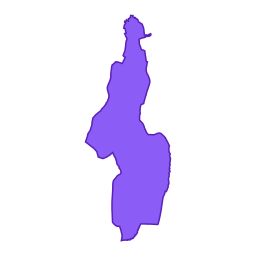 outline of Kaduna South, Kaduna, Nigeria
{"feature_id": "59680162B16574916896740", "entity_name": "Kaduna South", "entity_type": "district", "adm_level": 2, "iso_a3": "NGA", "parent_name": "Nigeria", "parent_adm1": "Kaduna", "projection": "equal_earth", "projection_center": [7.417, 10.498], "detail": "fine", "context": "isolated", "style": "filled", "palette": "violet", "viewbox_px": 256, "rotation_deg": 0, "n_neighbors": 0, "source": "geoboundaries", "source_scale": "gbopen_adm2", "svg_char_len": 4633}
<svg xmlns="http://www.w3.org/2000/svg" viewBox="0 0 256 256"><path d="M85.5,141.9L93.8,148.3L96.8,151.6L98.3,157.1L102.1,158.3L102.8,158.6L106.1,157.3L109.9,155.0L112.7,152.5L113.8,155.1L115.6,158.4L116.1,160.2L116.6,162.0L117.1,164.3L119.1,166.7L119.0,168.0L120.2,169.3L120.6,170.5L121.0,172.2L121.0,173.5L117.4,175.7L116.1,177.4L113.7,180.3L113.3,181.2L113.1,182.1L112.9,183.3L112.7,190.2L112.0,202.0L112.0,206.6L112.0,210.3L112.1,211.6L112.3,216.3L112.5,222.0L113.3,223.3L114.3,224.3L115.9,225.7L117.1,226.2L119.6,226.4L120.9,230.2L122.1,235.3L121.8,238.5L121.3,240.6L122.4,240.4L123.6,240.2L125.3,240.0L126.1,240.1L127.0,240.2L127.1,239.7L127.4,239.7L127.8,239.7L128.0,240.0L128.5,239.8L128.6,239.6L128.9,239.6L129.3,239.7L129.7,239.8L129.9,240.0L130.1,239.9L130.2,239.5L130.2,239.3L130.3,239.1L130.5,239.0L130.6,238.9L130.8,238.7L131.0,238.6L131.4,238.8L131.5,238.9L131.9,238.5L132.0,238.4L132.3,238.2L132.5,238.1L132.6,238.4L132.7,238.5L132.9,238.4L133.0,238.3L133.2,238.2L133.3,238.0L133.5,237.8L133.6,237.5L133.8,237.3L134.3,236.6L134.6,236.4L134.7,236.2L134.8,236.2L134.8,235.9L134.8,235.7L134.9,235.4L134.9,235.1L135.1,235.1L135.4,235.1L135.6,235.1L135.8,235.0L135.9,234.9L136.0,234.8L136.1,234.6L136.1,234.4L136.3,234.2L136.5,234.0L137.3,232.8L137.4,232.2L137.5,231.8L137.5,231.5L137.5,231.2L137.5,230.9L137.6,230.6L137.6,230.4L137.9,230.2L138.1,230.0L138.0,229.6L138.3,229.4L138.4,228.9L138.5,228.6L138.5,228.4L138.6,228.2L138.8,228.1L139.0,228.0L139.1,227.8L139.0,227.6L138.9,227.4L139.0,227.2L139.4,226.9L139.4,226.7L139.5,226.5L139.5,226.3L139.6,226.1L139.7,225.8L139.9,225.6L140.0,225.3L140.2,225.0L140.3,224.7L140.5,224.1L140.9,223.9L142.0,223.9L143.6,223.9L145.3,223.9L146.2,224.0L146.5,224.0L148.4,224.1L149.6,224.0L157.4,224.5L158.1,224.1L158.8,221.3L159.7,217.5L160.2,215.0L160.3,214.5L161.3,209.1L161.7,205.7L163.1,196.9L164.2,194.8L164.5,194.4L165.1,191.4L166.0,191.7L166.4,191.0L166.8,190.7L167.1,189.6L167.7,187.9L168.2,186.8L168.1,186.1L168.2,184.9L168.6,184.4L168.9,183.6L168.8,182.7L168.6,180.3L168.5,179.3L168.5,178.2L169.1,176.5L169.1,175.3L169.2,173.7L168.9,173.4L169.1,172.3L169.5,171.6L169.9,171.7L169.9,171.3L169.9,171.2L169.9,170.9L169.9,170.7L169.8,170.3L169.5,169.8L169.3,169.6L169.3,168.8L169.8,168.5L169.6,167.5L169.6,166.9L169.8,165.5L170.2,164.4L170.0,163.9L169.6,163.2L170.2,161.8L170.0,161.1L170.1,160.7L170.4,160.2L170.4,159.6L170.3,158.8L170.5,158.6L170.4,158.2L170.1,157.8L170.0,157.0L169.7,155.8L169.8,154.8L170.2,154.2L170.1,153.6L169.2,152.3L169.0,151.1L168.9,149.3L168.9,147.5L169.4,145.8L168.3,143.5L165.2,137.5L163.0,135.3L161.0,133.5L159.9,133.1L158.3,133.1L156.2,133.9L153.9,134.8L152.2,134.7L150.2,134.6L148.4,134.6L147.1,133.5L145.9,131.1L144.4,127.7L144.0,126.1L142.9,123.7L141.5,122.0L140.3,120.9L139.6,120.2L139.6,119.3L139.6,115.3L140.3,113.6L140.0,111.6L140.0,111.3L140.1,109.4L140.1,109.2L140.3,107.7L140.4,106.6L140.5,106.3L140.6,106.1L140.8,105.4L141.1,104.6L143.0,103.9L143.7,103.5L143.7,103.0L145.4,96.8L145.6,96.2L146.3,94.4L146.2,94.1L146.2,93.9L146.7,92.5L146.7,92.3L147.2,90.7L147.3,90.5L147.7,89.4L147.9,88.7L148.4,87.2L148.5,86.9L148.9,85.8L149.0,85.2L149.8,82.8L149.8,80.7L149.5,79.1L148.3,75.9L146.8,73.1L146.6,72.4L146.2,70.7L146.2,68.6L146.6,66.1L146.8,65.1L147.0,63.7L147.4,61.8L146.3,61.4L145.7,57.5L145.7,57.2L145.2,54.2L145.0,52.8L144.7,50.7L144.1,50.5L142.3,49.8L141.6,49.5L141.3,49.4L140.5,46.9L140.2,46.2L139.4,44.0L139.2,41.0L139.1,39.1L141.9,38.1L142.6,37.7L143.8,37.8L144.1,37.4L145.2,37.2L145.1,36.8L145.1,36.6L145.8,36.3L147.1,36.5L147.8,36.3L148.2,36.3L148.9,36.3L149.6,36.0L150.7,35.3L150.7,35.2L150.9,34.2L150.7,33.7L148.9,34.5L148.2,35.0L146.6,35.0L144.4,34.9L143.7,28.5L142.2,24.2L138.8,22.0L137.8,20.1L137.8,19.6L137.0,19.0L136.7,19.1L135.0,17.5L134.8,18.1L132.9,17.0L133.0,15.6L130.7,15.4L130.4,17.2L129.8,17.7L129.6,18.4L128.4,18.7L128.3,21.0L126.4,19.8L126.0,21.5L124.9,21.1L124.6,22.2L125.6,23.2L124.3,25.2L123.8,28.3L125.0,28.6L126.1,33.1L124.6,33.5L125.8,36.3L127.1,39.1L126.1,41.3L125.6,46.0L125.0,50.5L123.1,55.6L124.0,56.6L125.3,57.2L122.2,63.5L119.1,62.4L117.9,62.1L117.3,62.3L117.0,61.8L116.1,61.8L115.2,62.1L115.2,62.6L114.4,63.1L113.4,63.9L113.3,64.3L112.1,65.0L111.4,68.4L111.5,69.2L111.1,71.1L111.1,72.0L110.8,73.6L110.8,75.1L110.8,76.6L110.6,78.4L109.9,80.7L109.3,82.1L108.5,83.9L107.9,85.5L107.3,87.4L107.4,89.5L107.9,91.2L109.0,95.6L108.7,97.9L107.4,101.4L106.8,102.5L106.1,103.0L105.9,104.1L103.7,107.0L101.8,108.9L100.8,110.7L99.7,111.5L98.2,112.7L95.5,115.0L92.9,118.0L92.0,122.4L91.9,124.7L92.0,124.9L91.8,125.2L90.2,130.3L87.9,133.9L87.2,137.0L85.5,141.9Z" fill="#8b5cf6" stroke="#5b21b6" stroke-width="1.5"/></svg>